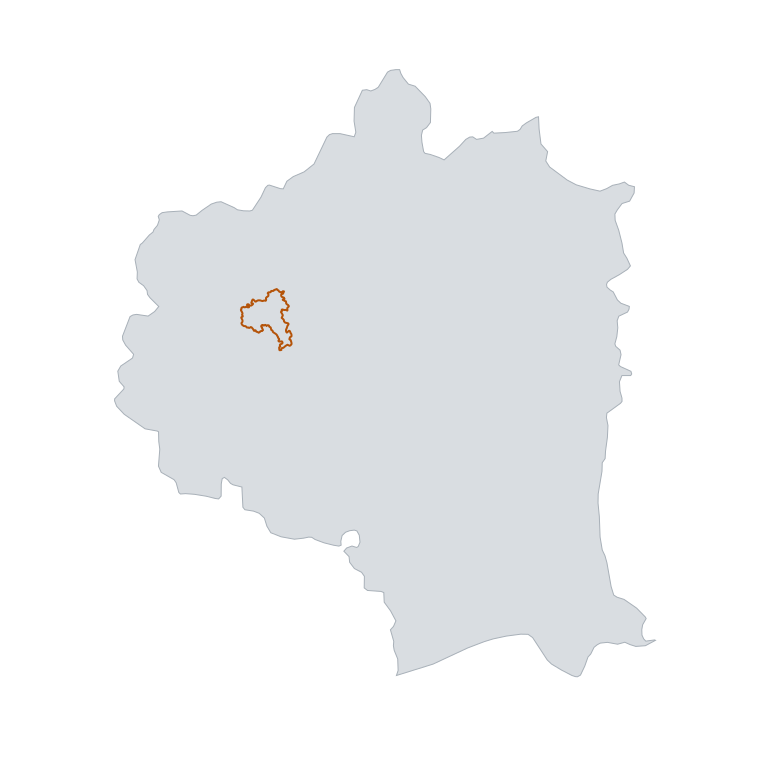 location of Chashniki, Vitebsk, Belarus, rotated 264°
{"feature_id": "67162791B63587233546026", "entity_name": "Chashniki", "entity_type": "district", "adm_level": 2, "iso_a3": "BLR", "parent_name": "Belarus", "parent_adm1": "Vitebsk", "projection": "mercator", "projection_center": [29.143, 54.768], "detail": "fine", "context": "in_parent", "style": "outline", "palette": "amber", "viewbox_px": 768, "rotation_deg": 264, "n_neighbors": 0, "source": "geoboundaries", "source_scale": "gbopen_adm2", "svg_char_len": 9669}
<svg xmlns="http://www.w3.org/2000/svg" viewBox="0 0 768 768"><g transform="rotate(264 384 384)"><path d="M633.6,565.6L621.2,564.9L606.3,565.2L598.0,571.0L588.9,568.2L582.5,571.4L567.7,587.5L562.0,596.0L556.5,609.2L553.2,619.0L555.0,625.8L557.7,632.1L558.4,638.9L559.7,644.2L556.1,648.1L554.0,653.7L547.8,652.7L540.2,647.4L538.6,639.6L532.7,634.2L528.9,631.4L522.6,631.0L512.4,633.5L499.2,635.4L489.2,636.0L483.7,638.7L475.7,641.4L472.6,638.2L468.1,629.4L464.4,620.6L461.9,616.8L459.7,615.7L457.0,615.9L453.9,618.7L451.6,621.6L443.2,624.9L439.6,628.0L435.5,636.1L432.8,635.5L430.1,633.7L426.9,624.6L422.5,622.5L415.5,622.4L406.8,620.5L399.8,617.8L397.2,618.4L393.0,622.3L388.4,622.8L378.5,619.4L376.6,621.0L370.8,630.9L368.1,631.4L366.6,630.2L367.5,621.5L361.7,618.4L352.0,618.0L345.1,619.2L341.8,618.9L340.1,617.2L331.7,602.6L327.3,601.7L319.3,602.4L307.6,600.6L294.1,597.3L286.7,596.1L282.9,592.8L274.5,591.7L252.2,585.5L243.1,584.4L229.7,584.3L209.2,582.9L196.1,583.7L190.1,585.8L183.0,587.0L158.8,588.7L150.1,590.4L147.6,593.5L144.7,600.2L134.7,611.8L125.0,619.5L123.3,620.2L117.6,616.1L112.8,614.7L107.3,614.3L103.4,615.6L100.9,617.5L101.2,626.4L100.7,627.2L96.4,616.6L96.7,607.0L99.1,601.5L102.0,596.5L100.8,589.1L103.7,579.2L103.7,572.1L102.5,569.0L100.2,565.4L93.9,561.4L91.1,558.3L82.5,554.2L74.0,549.0L72.6,545.8L73.0,543.7L74.5,540.4L80.9,530.7L88.0,521.3L92.5,517.5L116.3,505.3L120.0,501.1L120.9,493.9L120.5,479.3L119.1,466.0L117.3,456.8L112.7,439.5L100.3,403.5L92.8,365.9L97.6,368.1L109.1,368.9L118.1,366.3L122.8,366.0L127.0,366.8L138.9,364.7L141.9,368.1L147.2,371.1L157.7,366.8L167.0,361.4L176.6,362.0L178.0,359.4L180.4,346.0L183.3,343.0L194.8,344.4L199.1,342.0L203.5,335.3L210.3,331.2L216.0,331.2L221.9,326.6L224.8,329.7L226.2,335.2L224.3,339.7L225.1,341.4L229.2,343.6L236.2,343.6L240.7,341.7L241.8,339.2L241.7,334.6L240.6,330.3L237.7,326.5L232.1,324.6L228.2,324.5L227.5,322.2L228.9,317.1L232.3,307.8L236.5,299.3L239.1,296.1L239.6,293.1L239.1,288.0L239.0,278.7L242.8,265.7L247.9,255.9L254.8,252.7L263.2,251.0L268.5,246.3L271.2,241.0L273.5,232.5L276.2,230.8L296.4,231.9L299.5,223.4L301.2,221.0L305.1,218.5L307.8,215.5L306.8,213.2L301.6,211.7L289.5,210.3L287.0,207.5L287.8,204.2L291.0,195.4L294.1,184.0L295.7,175.2L295.9,170.0L297.6,168.6L307.5,167.0L310.8,165.2L319.4,153.2L325.9,151.1L342.6,154.2L350.3,154.0L360.1,154.8L360.9,153.6L364.4,141.7L381.0,122.5L389.8,115.8L395.4,114.3L397.4,114.6L406.3,124.8L408.4,125.2L414.3,121.0L424.6,120.6L429.4,124.1L436.1,136.6L439.7,138.1L449.6,131.1L455.1,128.8L458.8,128.9L477.6,138.5L478.9,141.6L479.1,145.2L476.2,156.5L480.0,163.4L484.6,168.1L494.2,160.3L497.8,158.2L501.7,158.1L506.9,155.2L510.7,150.9L514.3,149.4L521.2,150.4L533.7,149.4L548.2,156.2L549.4,158.3L556.7,166.2L559.3,170.2L561.7,171.4L565.5,175.3L570.7,177.7L574.3,177.0L576.0,178.3L577.6,181.3L577.8,186.5L577.2,201.2L572.0,208.9L571.3,211.6L571.6,214.9L575.7,221.2L581.0,231.0L582.3,236.7L582.3,241.0L575.0,253.5L572.6,256.4L570.9,262.5L570.1,268.7L570.6,271.3L582.7,281.2L591.6,286.6L593.7,289.2L593.8,290.8L589.1,301.4L588.6,304.2L595.8,308.6L599.8,315.5L603.3,326.7L610.1,337.4L635.5,353.0L637.7,355.8L638.4,359.1L637.6,366.4L633.0,380.2L637.3,382.3L648.5,381.7L662.1,383.5L678.4,393.2L678.5,397.6L676.8,401.5L677.9,405.7L679.7,409.3L693.8,420.1L695.2,423.3L695.4,428.5L695.0,432.4L691.1,433.2L686.8,435.0L679.7,439.6L676.9,446.1L665.4,455.1L658.3,459.1L652.7,459.3L639.2,457.5L634.5,453.1L632.5,449.0L627.4,447.2L620.5,447.0L611.0,447.7L609.1,448.9L607.5,453.9L603.5,462.4L600.6,467.2L612.6,484.0L618.7,490.9L620.6,495.1L620.5,498.1L617.6,501.6L618.1,508.7L623.9,518.0L622.0,519.5L621.4,530.9L621.4,543.1L623.0,546.0L626.2,548.4L628.8,552.9L633.3,563.0L633.6,565.6Z" fill="#d9dde1" stroke="#a8b0b8" stroke-width="1"/><path d="M459.1,248.6L458.7,248.7L457.9,249.0L457.5,249.3L457.2,249.6L456.9,250.0L456.6,250.3L456.3,250.7L456.2,251.2L456.1,251.6L456.1,251.9L456.0,252.2L455.8,252.5L455.4,253.0L455.1,253.1L454.8,253.3L454.5,253.6L454.4,254.0L454.4,254.5L454.4,254.8L454.2,255.2L453.9,255.6L453.9,256.0L454.0,256.4L454.1,256.6L454.3,257.0L454.5,257.3L454.5,257.6L454.3,257.9L454.0,258.4L453.6,258.6L453.3,258.9L452.7,259.2L452.3,259.5L451.8,259.8L451.3,260.0L450.8,260.1L450.6,260.2L450.4,260.8L450.4,261.0L450.7,261.2L450.9,261.3L450.9,261.6L450.6,262.0L450.3,262.1L449.9,262.3L449.6,262.4L449.3,262.6L449.2,262.9L449.1,263.4L448.9,263.8L448.6,264.2L448.2,264.5L448.2,264.9L448.4,265.4L448.6,265.8L449.0,266.1L449.1,266.4L449.4,266.8L449.5,267.5L449.5,268.0L449.5,268.4L449.8,268.7L450.2,269.2L450.8,269.2L451.2,269.1L451.5,268.8L451.9,268.6L452.7,268.6L453.2,268.6L453.5,268.4L453.7,268.0L454.1,267.9L454.5,268.0L455.0,268.3L455.3,268.8L455.4,269.3L455.3,269.9L454.8,270.3L454.8,270.8L454.8,271.1L455.0,271.4L455.2,271.8L455.1,272.4L454.9,272.6L454.5,272.9L454.1,273.2L454.2,273.5L454.4,273.9L454.6,274.4L454.5,275.0L454.3,275.5L453.8,275.8L453.2,275.8L452.8,276.1L452.6,276.5L452.3,277.0L451.7,277.3L451.0,277.3L450.4,277.4L449.8,277.6L449.4,277.7L449.2,278.1L448.9,278.5L448.4,278.8L448.0,278.9L447.6,278.9L447.0,279.3L446.6,279.8L446.1,280.4L445.8,280.8L445.6,281.0L445.2,281.5L444.9,281.8L444.5,282.2L444.1,282.5L443.6,282.6L443.3,282.8L442.8,283.0L442.5,283.1L442.2,283.4L441.7,283.4L441.3,283.4L441.1,283.5L440.8,283.7L440.5,283.9L440.0,284.3L439.6,284.4L439.0,284.3L438.7,283.9L438.2,283.6L437.9,283.6L437.5,283.7L437.3,284.0L437.1,284.5L437.1,285.3L437.1,285.8L437.1,286.3L437.0,286.9L436.7,287.1L436.1,287.4L435.4,287.3L435.0,287.1L434.8,286.6L434.6,286.1L434.4,285.5L434.3,285.1L434.2,284.9L433.7,284.5L433.2,284.5L432.8,284.6L432.3,284.7L431.9,284.5L431.7,284.1L431.5,283.7L431.0,283.5L430.5,283.5L429.9,283.5L428.9,283.5L428.5,283.9L428.5,284.4L428.5,285.1L428.6,285.4L429.4,285.5L429.9,285.9L430.4,286.3L430.5,287.0L430.5,287.6L430.9,288.3L431.7,289.4L432.3,290.3L432.6,291.0L432.9,291.6L433.1,292.0L432.6,293.0L432.3,293.4L431.9,294.3L432.2,295.0L432.9,295.8L433.4,296.2L434.1,296.3L435.4,296.2L436.5,295.9L437.2,295.9L437.7,295.4L438.0,294.9L438.5,294.6L439.1,294.8L439.4,295.1L440.1,295.2L440.6,295.8L440.8,296.5L441.1,296.9L441.9,297.1L443.0,297.1L443.8,296.9L444.3,296.6L444.7,296.3L445.2,296.2L445.4,296.2L446.0,296.1L446.6,295.7L446.8,295.3L446.8,294.9L446.3,294.2L446.0,293.8L445.5,293.3L445.4,292.7L445.8,292.4L446.2,292.2L447.2,292.1L448.3,292.3L448.9,292.6L449.6,293.1L450.3,293.3L451.4,293.9L452.2,294.2L452.7,294.8L453.2,295.2L453.7,295.3L454.1,295.2L454.4,294.9L454.6,294.3L454.9,293.7L455.0,293.1L455.5,292.0L456.3,291.4L456.9,291.1L457.8,291.1L458.3,291.0L458.8,290.7L459.5,290.1L460.1,289.5L460.5,289.2L461.1,289.5L462.1,290.1L462.8,290.5L463.2,290.5L463.7,290.3L464.5,290.0L465.0,289.7L465.7,289.4L466.3,289.1L467.0,289.4L467.0,289.9L467.5,290.2L468.6,290.2L468.7,291.0L468.3,291.7L468.0,292.6L468.0,293.4L467.9,294.1L467.3,295.1L467.2,295.5L467.3,295.6L467.5,295.7L468.1,295.7L468.5,295.7L469.1,295.7L469.5,295.7L469.8,295.9L470.1,296.2L470.3,296.5L470.6,296.8L470.8,297.1L470.9,297.3L471.1,297.4L471.3,297.4L471.7,297.4L472.2,297.1L472.4,297.0L472.5,296.8L472.8,296.5L473.5,295.7L474.2,295.2L474.7,295.1L475.3,295.2L475.7,295.2L476.4,295.1L476.6,294.7L476.9,294.1L477.1,293.9L477.5,293.3L477.8,292.7L478.2,292.2L478.5,292.2L478.7,292.7L478.7,293.2L478.7,293.5L479.1,293.9L479.4,293.8L480.2,293.6L480.5,293.2L480.7,292.8L480.9,292.2L481.4,291.5L482.0,291.1L482.7,291.0L483.3,291.0L484.0,291.3L484.3,291.5L484.3,292.1L484.2,292.5L484.4,293.0L484.9,293.2L485.3,293.6L486.3,294.0L486.5,294.1L486.7,293.8L486.8,293.2L486.3,292.5L486.1,291.9L486.1,291.0L486.3,290.4L486.6,289.8L486.9,289.4L487.4,289.1L488.0,288.9L488.2,288.6L488.4,288.2L488.9,287.9L489.3,287.6L489.6,287.2L489.5,286.6L489.2,286.3L489.2,285.7L489.1,285.1L488.9,284.5L488.6,284.3L488.2,283.8L488.2,283.1L488.2,282.6L488.3,282.1L488.3,281.7L488.0,281.3L487.7,281.2L487.3,280.9L487.1,280.4L487.1,280.0L487.2,279.6L487.2,279.1L487.2,278.7L487.0,278.3L486.5,277.9L486.2,277.9L485.8,278.2L485.4,278.4L484.8,278.4L484.2,278.3L483.8,278.2L483.3,277.7L482.9,277.0L482.7,276.5L482.4,276.1L481.8,275.6L481.3,275.6L480.6,275.6L480.1,275.6L479.4,275.3L479.2,275.0L479.2,274.7L479.4,274.3L479.5,274.0L479.5,273.6L479.5,273.2L479.4,272.8L479.3,272.5L479.2,272.0L479.4,271.2L479.6,270.7L479.7,270.4L480.0,269.9L480.1,269.4L480.2,268.9L480.3,268.3L480.3,267.7L480.3,267.4L480.1,266.7L479.9,266.2L479.7,265.8L479.4,265.3L479.4,264.8L479.6,264.4L480.3,264.0L480.9,263.5L481.5,263.0L481.7,262.5L481.7,262.4L481.6,262.1L481.3,261.9L481.1,261.8L480.9,261.6L480.5,261.4L480.2,261.3L479.9,261.2L479.7,261.1L479.4,260.9L479.1,260.7L478.8,260.6L478.4,260.6L478.2,260.7L478.0,261.0L477.9,261.3L477.8,261.7L477.7,262.0L477.4,262.1L477.0,261.9L476.8,261.7L476.6,261.3L476.4,261.1L476.3,260.9L476.1,260.6L475.9,260.1L475.9,259.7L476.0,259.2L476.2,258.7L476.4,258.3L476.6,258.2L477.1,257.9L477.4,257.5L477.5,257.1L477.5,256.6L477.3,256.2L476.9,256.1L476.5,256.1L476.1,256.3L475.8,256.6L475.7,257.2L475.7,257.5L475.3,257.9L475.0,257.9L474.5,257.7L474.4,257.0L474.5,256.6L474.7,256.1L474.8,255.7L475.2,255.2L475.2,254.8L475.0,254.4L474.9,254.1L474.8,253.8L474.8,253.5L475.0,253.1L475.3,252.6L475.4,252.2L475.3,251.9L475.0,251.5L474.9,251.0L474.9,250.6L474.7,250.4L474.5,250.2L474.1,250.0L473.8,250.0L473.5,250.0L473.2,249.9L472.9,249.8L472.7,249.5L472.3,249.5L471.9,249.5L471.4,249.9L470.9,250.1L470.5,250.2L470.0,250.4L469.4,250.6L468.6,250.6L468.1,250.3L467.8,250.1L467.5,250.1L467.0,250.3L466.7,250.5L466.3,250.6L465.9,250.5L465.7,250.2L465.6,249.8L465.4,249.4L465.2,249.1L464.7,249.0L464.2,249.2L463.1,249.6L462.7,249.8L462.2,249.9L461.5,249.9L461.0,249.8L460.5,249.6L460.1,249.2L459.9,249.0L459.6,248.7L459.1,248.6Z" fill="none" stroke="#b45309" stroke-width="2"/></g></svg>